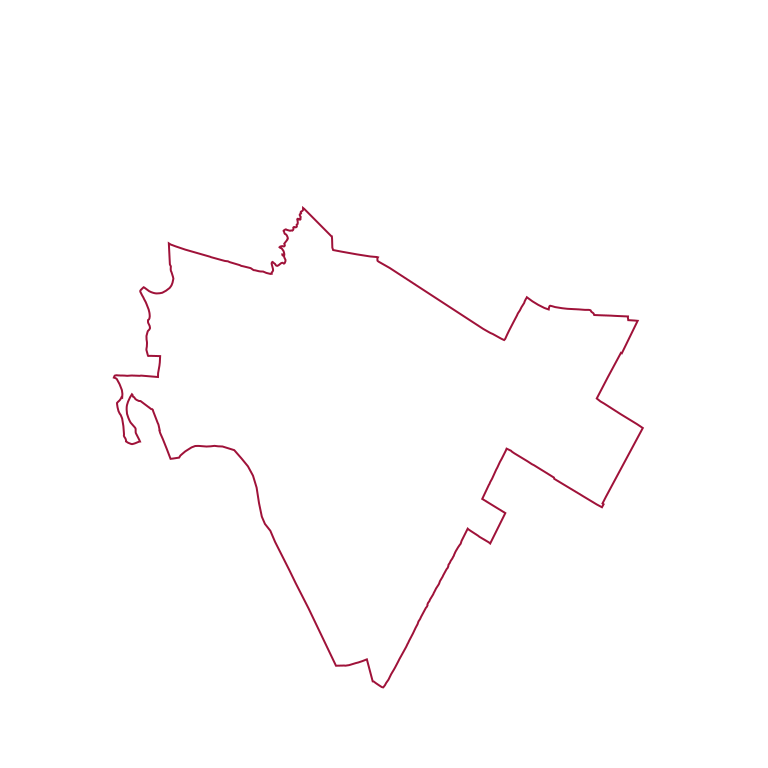 outline of Parscoveni, Olt, Romania, rotated 53°
{"feature_id": "2599482B95439392945311", "entity_name": "Parscoveni", "entity_type": "district", "adm_level": 2, "iso_a3": "ROU", "parent_name": "Romania", "parent_adm1": "Olt", "projection": "robinson", "projection_center": [24.206, 44.311], "detail": "fine", "context": "isolated", "style": "outline", "palette": "rose", "viewbox_px": 768, "rotation_deg": 53, "n_neighbors": 0, "source": "geoboundaries", "source_scale": "gbopen_adm2", "svg_char_len": 6165}
<svg xmlns="http://www.w3.org/2000/svg" viewBox="0 0 768 768"><g transform="rotate(53 384 384)"><path d="M613.6,284.1L612.2,281.0L610.9,281.4L607.6,274.6L574.9,203.8L568.3,206.1L550.1,213.3L532.0,220.0L528.2,221.6L523.6,222.8L513.2,201.0L501.7,176.0L502.6,175.6L486.2,143.4L484.1,145.7L480.0,150.5L477.8,149.3L476.9,148.5L469.3,157.7L466.0,161.6L458.3,171.1L455.4,174.6L453.9,174.2L453.1,174.3L451.5,174.8L450.9,174.9L449.5,174.7L449.1,174.9L448.5,175.4L447.8,176.1L445.9,178.7L441.5,183.7L434.3,192.3L430.7,196.1L425.6,201.0L423.3,202.7L421.5,204.2L421.4,204.7L421.7,205.4L422.6,206.6L423.6,207.6L421.4,209.1L419.7,210.2L413.6,213.2L407.3,215.7L400.7,217.7L401.2,218.7L401.5,219.6L402.7,222.0L403.6,223.2L405.4,228.0L407.0,231.2L407.7,233.2L408.0,234.1L408.3,234.8L409.3,236.6L412.8,244.0L416.7,252.1L418.7,256.0L421.0,260.2L421.2,261.6L418.6,263.0L409.4,267.1L407.5,268.2L405.3,269.2L399.7,271.6L294.8,309.6L283.0,314.7L281.8,315.0L281.4,314.9L279.6,313.6L279.2,312.6L278.4,313.2L273.8,318.3L264.2,327.6L252.8,338.2L246.4,344.0L244.0,343.2L236.8,338.1L234.7,336.8L234.4,337.1L196.3,342.3L194.7,342.7L195.2,343.1L195.7,343.1L196.5,344.4L196.6,345.7L196.4,346.6L196.7,347.2L197.8,347.5L197.9,347.8L197.8,348.9L197.9,349.2L198.3,349.6L198.9,349.8L200.5,350.0L201.2,351.1L202.0,351.3L202.2,351.7L202.2,352.2L201.8,352.4L201.2,352.5L200.1,353.5L200.1,353.8L200.3,354.2L200.8,354.5L201.4,354.4L202.1,355.1L203.2,355.7L204.2,356.7L204.2,357.8L204.3,358.0L205.5,358.6L205.8,358.9L205.9,359.2L205.8,360.2L204.7,361.1L204.5,361.4L204.4,361.8L204.5,362.1L204.6,362.4L205.3,362.7L206.0,363.4L206.3,364.1L206.3,365.0L206.1,365.2L205.5,365.7L205.1,366.8L202.5,368.8L201.6,369.2L201.4,369.4L201.2,370.1L201.1,371.5L201.2,372.0L201.4,372.1L202.4,372.2L203.5,372.7L204.0,372.8L204.5,372.8L205.4,372.3L206.8,372.2L208.9,372.7L209.9,373.2L210.1,373.4L210.2,374.2L210.6,374.4L210.7,374.7L211.4,377.4L211.9,379.2L213.5,379.7L214.0,380.5L214.0,380.9L213.8,381.3L212.6,382.3L212.0,383.6L211.8,384.1L211.9,385.1L212.6,385.0L214.0,384.2L214.5,384.1L216.8,384.2L217.6,384.3L219.6,385.1L220.9,385.9L221.1,386.2L220.8,386.7L219.5,387.0L219.3,387.2L219.7,387.5L220.5,387.5L221.3,387.0L221.7,387.0L223.5,387.6L225.6,388.0L226.6,388.8L227.6,390.4L227.7,391.2L227.6,391.5L226.2,392.0L225.8,392.7L225.6,393.4L225.7,396.7L225.5,398.0L224.8,398.7L224.2,398.9L222.4,398.8L220.8,399.3L219.5,399.5L219.4,400.2L219.9,401.0L220.4,401.4L225.2,403.4L226.4,404.1L226.7,404.5L227.1,405.3L227.5,406.8L228.4,407.3L227.8,408.4L224.5,411.1L221.4,412.9L219.9,414.8L218.7,416.0L215.5,418.6L214.7,419.5L213.8,419.9L211.6,420.6L210.9,421.0L204.9,425.9L203.8,426.9L202.2,427.7L193.8,433.9L192.1,434.8L190.0,437.0L187.3,439.1L178.6,445.8L177.7,446.3L157.0,461.9L148.5,467.7L145.8,469.4L144.3,470.4L142.2,471.2L159.6,483.0L160.4,483.2L161.7,483.4L164.0,485.3L165.4,486.1L166.8,486.4L171.3,488.0L173.1,488.8L175.8,491.9L177.3,494.3L177.6,495.1L178.2,497.0L178.3,497.8L178.3,502.0L177.7,506.1L176.6,508.4L174.9,511.0L173.9,512.1L172.5,513.3L170.6,514.6L168.5,515.7L163.0,517.3L162.1,517.7L162.1,518.0L162.2,519.0L162.5,521.3L162.6,521.8L163.0,522.7L163.7,523.1L167.5,523.8L170.0,524.1L171.8,524.5L175.1,525.0L177.1,525.5L182.8,527.1L185.6,528.3L186.9,529.0L188.9,530.3L190.3,531.7L190.9,532.7L191.0,533.2L190.9,533.8L191.5,534.5L193.1,535.5L196.6,536.2L198.5,537.2L198.8,537.6L199.3,538.8L199.6,540.7L200.1,541.5L202.7,544.8L205.5,546.8L207.9,548.1L208.9,548.8L211.5,551.0L212.7,552.3L213.7,553.2L218.9,555.3L219.5,555.5L219.7,555.4L221.1,553.4L227.0,546.0L231.9,550.1L234.3,552.4L239.4,557.9L242.4,560.3L231.5,572.5L231.0,573.1L230.5,574.1L225.3,580.5L222.9,584.2L221.1,586.2L217.8,590.4L216.0,592.4L215.7,593.0L215.3,593.9L215.4,594.4L216.3,595.9L217.9,594.8L219.4,594.4L220.4,594.6L225.1,595.3L230.8,596.9L231.7,597.3L234.5,598.9L237.3,601.3L236.6,601.6L237.3,602.9L237.7,604.2L238.0,605.2L238.2,607.4L238.5,608.7L239.8,609.5L242.4,610.9L246.0,612.4L248.7,612.9L250.2,612.9L252.2,613.4L254.0,613.9L260.8,617.5L267.7,621.9L268.8,622.9L269.9,623.2L271.7,623.3L272.6,623.5L274.1,624.1L274.6,624.6L277.0,623.7L279.6,622.1L280.4,621.4L281.1,619.8L281.6,618.3L282.3,615.6L282.8,614.0L283.1,613.5L281.0,613.0L274.2,611.8L273.5,611.6L272.7,611.1L270.4,609.4L269.8,609.2L269.0,609.1L262.3,609.6L259.9,609.2L257.1,608.5L253.2,607.2L249.5,604.9L247.6,603.4L246.2,602.0L244.1,599.1L241.8,594.8L240.5,591.5L241.3,591.4L242.5,591.9L243.3,592.0L244.2,591.5L246.3,591.6L247.7,591.2L250.0,590.0L251.1,588.7L264.0,585.0L264.6,584.3L265.6,584.2L266.8,584.7L279.0,588.2L280.1,588.4L281.0,588.7L286.0,591.0L285.9,591.3L288.6,592.3L295.0,593.8L304.9,596.5L315.3,599.5L316.6,597.3L319.5,591.9L318.6,589.7L318.4,586.9L318.2,583.3L318.8,575.9L319.9,572.1L321.8,569.4L327.1,563.4L329.4,560.0L331.4,556.6L333.9,554.0L336.7,550.6L346.7,543.4L357.8,542.6L367.9,542.2L378.4,543.8L390.1,548.1L403.9,555.5L416.4,561.4L424.1,563.3L432.8,563.1L444.5,566.0L475.6,571.6L489.9,574.4L517.8,579.3L580.1,591.9L584.9,585.2L585.7,584.4L587.5,581.1L590.0,574.3L590.9,572.2L592.3,568.0L593.6,563.4L614.7,572.0L615.3,571.3L618.1,570.5L621.6,569.3L624.6,568.2L625.8,567.3L625.7,566.6L625.1,564.4L624.1,562.3L622.8,558.3L620.0,552.8L618.7,549.6L618.1,548.1L617.1,545.8L614.3,539.9L613.0,537.3L607.2,524.3L605.8,521.7L605.5,520.9L604.2,518.5L600.7,511.1L597.8,505.6L596.0,501.7L594.4,499.4L593.4,496.6L592.3,494.6L588.0,485.3L587.7,483.9L587.0,482.5L586.3,482.1L585.3,480.5L584.8,478.6L583.8,476.9L581.6,471.3L580.6,469.6L580.3,468.8L578.6,465.4L577.2,461.5L576.7,460.3L575.1,457.9L573.1,453.0L572.5,452.0L570.1,446.7L569.5,445.3L569.1,443.6L568.5,442.8L568.1,442.1L567.4,441.6L567.0,440.8L566.5,439.2L565.4,437.2L564.4,434.2L563.9,433.4L563.2,431.6L562.3,430.4L562.0,429.6L561.4,428.7L560.6,427.0L559.0,423.1L558.0,420.1L557.9,419.4L557.5,418.6L556.0,416.5L549.9,404.2L551.1,404.0L554.0,403.0L561.7,400.2L563.6,399.7L573.5,395.6L575.3,395.2L560.1,364.8L534.9,374.7L527.6,360.8L527.3,359.9L526.3,358.3L524.7,354.7L519.9,345.9L519.0,343.9L516.0,338.3L514.6,335.1L510.5,326.8L509.4,325.0L513.8,322.7L514.9,322.6L517.6,321.7L532.1,315.9L537.1,314.1L539.1,313.1L561.0,304.6L562.2,305.1L608.2,286.6L613.6,284.1Z" fill="none" stroke="#9f1239" stroke-width="2"/></g></svg>